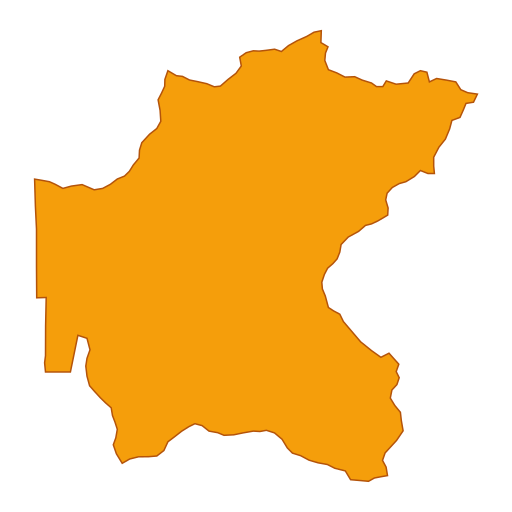 the district of Urussanga, Santa Catarina, Brazil
{"feature_id": "56859067B50326719422970", "entity_name": "Urussanga", "entity_type": "district", "adm_level": 2, "iso_a3": "BRA", "parent_name": "Brazil", "parent_adm1": "Santa Catarina", "projection": "mercator", "projection_center": [-49.316, -28.492], "detail": "fine", "context": "isolated", "style": "filled", "palette": "amber", "viewbox_px": 512, "rotation_deg": 0, "n_neighbors": 0, "source": "geoboundaries", "source_scale": "gbopen_adm2", "svg_char_len": 2404}
<svg xmlns="http://www.w3.org/2000/svg" viewBox="0 0 512 512"><path d="M387.5,475.6L386.1,467.1L382.5,460.4L385.1,452.9L396.5,440.5L403.1,430.8L401.3,420.4L400.4,412.3L394.8,405.5L390.3,398.1L391.9,390.0L396.9,384.6L399.2,377.7L396.2,371.6L398.8,364.2L389.0,353.2L380.9,357.3L371.5,350.6L360.7,341.9L343.4,321.6L339.8,314.2L333.6,310.9L328.4,307.5L325.3,296.0L322.4,289.0L321.8,282.2L324.4,274.4L327.6,268.2L332.8,263.7L337.1,258.9L339.8,252.1L341.1,244.5L348.3,237.0L358.7,231.3L365.5,225.4L371.5,223.9L377.9,220.9L387.7,215.1L388.1,208.0L385.7,199.9L387.1,193.2L392.3,187.5L399.2,183.6L405.9,181.7L414.4,176.5L420.4,170.5L427.9,173.5L434.4,173.5L433.7,166.1L433.7,157.2L438.9,147.2L445.4,139.1L449.6,129.0L451.9,120.4L460.0,117.4L463.3,110.0L466.0,103.4L473.5,102.2L477.4,94.1L467.7,92.7L460.8,89.7L455.8,81.9L446.4,80.1L436.6,78.5L429.4,81.9L426.9,72.2L420.4,70.7L414.2,73.8L408.2,83.0L396.1,84.2L386.3,80.9L382.8,86.6L376.5,86.6L371.5,83.0L362.2,80.1L354.7,76.7L345.0,77.1L336.8,72.9L328.4,69.7L324.8,60.5L325.5,53.0L328.0,46.8L320.9,42.6L321.3,30.7L314.0,32.2L306.8,36.4L297.0,40.8L288.5,45.6L281.4,51.5L274.6,49.2L265.7,50.4L259.2,51.1L253.3,50.8L246.2,52.7L239.7,57.2L241.3,66.0L236.0,73.3L228.2,79.3L220.4,86.1L214.3,86.8L206.8,83.7L197.5,81.6L189.5,80.0L182.5,76.4L176.4,75.7L167.9,70.7L164.9,79.4L164.7,86.3L161.6,93.0L158.1,99.8L160.1,110.5L160.8,121.3L156.8,128.5L149.6,134.2L141.8,142.7L139.5,150.1L139.1,158.0L133.3,165.0L129.4,171.3L124.5,176.1L117.3,179.0L110.4,184.3L102.7,188.4L94.2,189.8L82.1,184.6L71.3,186.1L62.9,188.4L55.0,184.2L49.4,181.7L41.7,180.3L34.6,179.1L35.4,206.2L36.5,229.1L36.5,237.0L36.5,253.3L36.5,267.0L36.7,297.8L46.2,297.5L45.6,326.0L45.5,355.7L44.6,362.8L45.5,372.0L70.4,372.0L77.9,335.3L87.0,338.3L90.0,349.8L87.0,358.3L85.8,366.1L87.0,376.2L89.6,385.8L94.8,391.7L100.4,397.8L105.6,402.9L111.2,407.8L112.5,415.6L115.0,422.1L117.3,429.3L115.8,437.9L113.3,444.8L116.4,453.8L122.2,463.3L129.7,459.0L138.5,456.8L148.6,456.7L156.8,456.0L163.9,450.5L167.9,441.8L174.1,437.1L181.8,431.1L188.8,426.7L194.9,423.7L202.1,425.6L209.0,431.1L217.8,432.7L224.0,435.3L233.8,434.8L243.0,432.9L253.4,431.1L259.9,431.5L266.4,430.3L274.5,432.9L282.1,439.3L287.3,447.9L292.4,453.1L300.7,455.7L309.1,460.2L318.0,462.8L327.4,464.5L334.9,468.3L345.3,470.9L350.6,479.7L361.0,480.6L368.5,481.3L374.4,478.0L380.6,476.8L387.5,475.6Z" fill="#f59e0b" stroke="#b45309" stroke-width="1.5"/></svg>